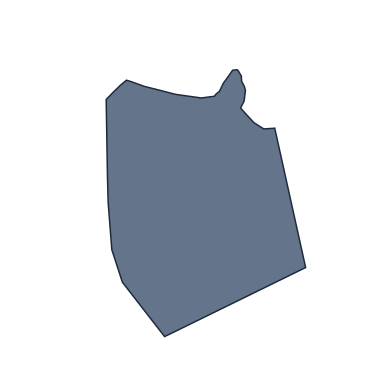 outline of Al-Kharga Oasis, Al Wadi at Jadid, Egypt, rotated 323°
{"feature_id": "37247803B20145410144228", "entity_name": "Al-Kharga Oasis", "entity_type": "district", "adm_level": 2, "iso_a3": "EGY", "parent_name": "Egypt", "parent_adm1": "Al Wadi at Jadid", "projection": "robinson", "projection_center": [32.312, 25.153], "detail": "fine", "context": "isolated", "style": "filled", "palette": "slate", "viewbox_px": 384, "rotation_deg": 323, "n_neighbors": 0, "source": "geoboundaries", "source_scale": "gbopen_adm2", "svg_char_len": 829}
<svg xmlns="http://www.w3.org/2000/svg" viewBox="0 0 384 384"><g transform="rotate(323 192 192)"><path d="M83.1,291.0L237.3,320.7L296.5,190.8L295.9,190.5L287.3,184.8L284.8,178.3L284.8,178.2L284.7,177.8L284.5,177.5L284.3,176.9L283.1,173.7L283.1,173.4L283.1,173.2L283.0,172.2L282.0,162.4L282.0,162.2L281.3,154.2L288.4,150.7L295.7,143.2L297.3,139.4L298.3,133.4L301.2,129.1L301.2,128.4L301.3,128.2L301.9,122.8L301.9,122.7L301.8,122.4L301.7,122.3L301.7,122.2L301.6,121.9L301.6,121.7L301.5,121.4L297.7,119.2L289.4,121.9L282.5,124.0L274.5,128.1L269.5,128.3L267.7,129.1L256.0,122.5L250.4,116.9L237.8,104.3L217.3,78.7L210.0,67.5L207.0,63.3L206.9,63.3L206.7,63.3L198.3,63.7L198.2,63.8L190.0,64.8L189.9,64.8L179.1,66.5L133.4,129.3L118.6,150.1L93.2,189.9L82.1,222.2L83.1,291.0Z" fill="#64748b" stroke="#1e293b" stroke-width="1.5"/></g></svg>